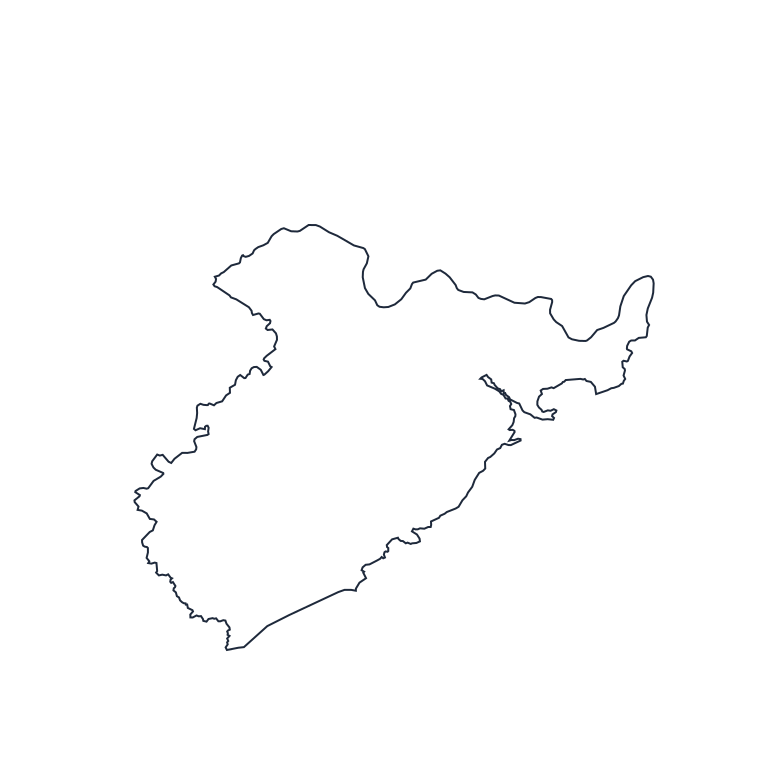 outline of Lilala, Maseru, Lesotho, rotated 66°
{"feature_id": "5366337B93833812873267", "entity_name": "Lilala", "entity_type": "district", "adm_level": 2, "iso_a3": "LSO", "parent_name": "Lesotho", "parent_adm1": "Maseru", "projection": "robinson", "projection_center": [27.404, -29.498], "detail": "fine", "context": "isolated", "style": "outline", "palette": "slate", "viewbox_px": 768, "rotation_deg": 66, "n_neighbors": 0, "source": "geoboundaries", "source_scale": "gbopen_adm2", "svg_char_len": 6161}
<svg xmlns="http://www.w3.org/2000/svg" viewBox="0 0 768 768"><g transform="rotate(66 384 384)"><path d="M451.7,672.2L453.5,669.5L453.9,666.1L455.0,664.7L462.6,667.3L463.6,668.9L467.3,667.5L468.0,664.1L470.2,661.0L470.1,658.6L474.2,657.7L475.3,656.7L475.9,658.5L477.7,659.7L479.1,659.3L479.1,657.4L483.7,656.7L484.7,657.7L485.1,659.1L486.9,660.3L489.7,658.9L493.6,659.5L495.6,658.1L498.7,658.3L501.1,657.3L502.8,656.1L503.7,654.5L504.9,654.8L505.4,653.5L508.8,654.3L512.7,651.0L514.1,651.0L515.8,654.7L518.5,655.8L519.5,653.7L519.2,649.4L520.9,647.7L521.6,645.6L525.2,645.0L526.9,645.4L528.9,642.8L527.3,639.9L528.2,635.8L529.4,634.6L529.8,632.7L533.4,631.8L534.2,630.1L534.4,626.9L535.6,625.1L538.9,625.4L543.5,624.2L545.7,624.8L545.7,626.6L546.3,627.9L548.2,628.0L549.5,628.9L551.3,627.6L552.7,630.8L555.4,630.8L556.2,632.4L558.3,632.7L560.2,635.8L563.1,635.7L565.7,624.3L567.4,619.0L557.7,589.1L556.5,564.2L555.5,510.4L556.0,503.9L558.8,497.6L561.4,493.8L559.5,492.9L555.5,487.2L554.1,479.4L547.9,479.7L547.4,478.5L545.0,480.2L542.8,478.1L541.7,474.3L542.9,470.6L542.4,462.1L542.1,458.7L541.1,456.5L542.9,455.6L542.9,453.7L539.8,453.5L537.9,452.0L537.6,450.7L538.7,449.0L538.4,448.1L535.6,446.8L534.2,447.5L532.3,447.0L529.2,439.8L530.1,433.8L531.5,433.8L534.1,432.6L535.2,430.6L538.4,428.9L538.5,427.0L541.0,424.6L541.0,423.1L542.4,419.1L542.4,415.2L539.7,414.4L534.9,415.1L530.0,418.4L528.1,416.0L529.7,414.2L530.5,412.2L530.5,409.8L532.6,406.0L532.6,401.8L533.6,399.5L531.9,398.2L528.7,397.0L528.6,388.2L527.2,386.1L527.2,381.4L526.5,378.7L526.9,369.2L526.5,365.8L522.1,359.6L520.0,354.5L517.3,351.4L513.8,345.2L508.5,340.1L503.9,333.2L503.6,328.8L502.4,325.9L496.2,323.4L493.9,319.0L493.9,316.6L492.3,311.5L489.8,307.4L489.8,303.9L487.5,301.0L487.7,298.1L490.5,295.0L491.4,293.0L491.2,282.2L489.9,281.7L488.5,283.8L488.2,287.9L487.0,290.3L486.7,292.6L481.0,284.2L479.8,283.9L478.2,285.1L477.2,287.9L476.1,288.6L473.8,283.5L471.4,281.0L468.2,279.1L466.8,277.1L465.1,276.2L460.6,275.9L458.5,278.6L455.4,277.9L454.1,275.9L451.5,275.9L450.1,277.0L447.5,277.1L446.7,278.8L442.5,279.3L440.7,281.0L437.6,281.7L433.4,284.6L427.2,290.4L422.6,290.6L419.5,291.9L418.4,293.9L417.7,292.2L417.4,286.6L420.0,286.1L423.4,284.2L426.5,285.1L428.0,283.3L429.9,283.3L434.2,281.9L436.0,280.0L438.4,279.9L438.4,277.3L441.3,278.4L441.6,277.0L443.6,277.0L446.9,275.1L449.3,275.1L455.4,270.2L456.8,268.4L464.5,268.2L466.8,267.3L471.3,262.6L476.1,260.2L476.7,258.2L481.0,253.7L482.7,248.8L485.5,244.0L484.2,242.5L481.7,243.5L480.3,242.4L479.6,238.4L478.3,237.3L476.1,239.1L476.2,242.7L474.7,245.1L474.5,249.5L473.5,250.6L471.6,250.6L468.5,252.0L465.4,252.4L462.2,250.9L458.6,247.5L457.4,243.8L453.7,243.5L453.2,240.7L454.8,236.6L455.2,232.4L456.8,230.7L455.8,221.3L454.9,219.8L455.2,218.4L454.3,216.4L459.2,202.5L460.9,200.2L461.1,198.5L463.6,197.8L466.2,194.2L472.3,192.4L479.5,194.3L480.6,182.3L480.3,178.1L481.0,175.6L481.4,170.3L480.4,167.0L480.8,165.6L478.6,163.6L477.5,161.6L473.7,161.7L469.7,158.4L468.2,158.0L465.8,159.1L460.6,157.3L460.2,155.7L462.2,153.0L462.1,151.8L458.7,148.4L456.6,144.7L454.7,144.8L451.2,147.8L450.4,147.7L448.1,146.4L445.1,142.8L444.8,140.5L446.3,137.0L445.5,132.5L447.8,125.8L447.0,124.4L439.7,120.1L437.9,117.8L434.0,118.4L427.7,116.2L422.3,112.3L414.2,104.0L410.0,100.9L401.7,96.7L398.1,95.8L394.5,96.6L392.7,98.9L391.8,103.8L392.2,112.7L394.4,118.1L401.2,129.2L409.2,136.5L416.9,141.4L419.0,143.5L421.1,147.0L421.7,149.0L422.0,160.7L421.4,167.3L425.5,175.8L426.8,180.8L426.7,182.3L423.9,188.2L419.6,194.1L416.5,196.5L403.5,197.7L397.5,201.5L394.0,202.7L387.0,203.5L383.7,202.1L377.5,197.0L375.7,196.3L374.3,196.7L368.4,205.3L367.1,208.1L367.0,210.7L368.3,218.0L367.8,222.5L362.8,231.8L349.9,243.1L348.3,246.4L347.8,249.0L347.4,258.0L345.7,260.8L343.8,262.7L339.6,263.7L336.3,265.9L332.3,273.8L328.3,277.9L326.1,278.5L322.7,278.3L313.2,280.6L308.2,282.9L303.1,286.3L302.2,289.3L302.7,295.6L305.6,303.4L303.2,316.1L304.1,317.8L307.4,321.1L309.6,326.8L313.6,333.7L315.7,341.7L315.4,348.7L313.8,353.1L311.6,356.7L309.3,358.1L303.9,358.2L295.3,361.7L288.6,362.4L277.8,360.0L273.0,357.6L270.9,356.0L266.8,350.6L261.0,346.3L253.0,346.6L251.4,347.6L245.2,355.1L229.6,366.4L223.0,372.5L214.1,378.5L211.1,381.6L208.1,388.2L209.9,398.6L209.5,401.0L206.7,406.7L201.0,412.1L200.6,414.8L202.2,423.8L203.3,426.6L207.8,432.8L208.2,437.8L207.8,443.2L208.4,446.5L209.0,448.3L211.3,450.9L212.1,455.2L211.6,458.6L210.1,460.2L209.0,460.4L209.0,461.4L210.8,463.6L214.3,466.1L214.8,467.4L213.6,475.3L216.6,484.9L216.7,487.8L217.8,490.6L217.2,494.9L219.7,494.7L222.0,496.2L223.7,499.4L225.8,499.0L227.6,497.0L240.2,489.1L242.6,488.6L246.6,484.5L258.9,476.2L263.2,475.2L265.4,475.8L267.7,475.6L268.5,470.0L269.3,468.9L275.9,467.4L278.0,465.4L278.9,462.3L280.3,462.1L282.1,463.4L283.5,467.6L285.3,469.4L287.3,468.4L288.8,463.7L293.8,462.1L297.0,462.5L300.1,463.8L305.0,469.1L308.0,469.0L310.5,479.6L311.8,483.1L312.7,484.0L314.2,483.8L316.4,480.9L321.5,480.7L322.8,479.8L325.2,484.6L326.8,489.5L326.7,490.5L320.9,490.8L316.6,493.3L315.6,496.0L315.8,498.5L317.4,500.9L320.2,502.7L320.0,504.7L322.2,508.1L321.8,509.3L317.3,511.7L317.9,514.7L320.3,517.8L324.1,520.4L324.7,526.4L329.4,528.3L330.2,532.9L334.0,538.9L333.2,544.8L334.3,548.0L330.9,551.2L330.7,552.1L331.6,553.5L331.3,554.3L329.6,557.4L327.4,559.8L327.9,563.2L329.5,564.6L334.5,566.5L338.9,569.0L347.7,575.9L349.6,575.0L349.6,570.0L352.4,566.0L350.3,564.9L349.9,563.3L350.4,562.1L352.7,562.0L355.8,564.0L358.4,564.6L358.7,566.0L356.4,576.1L357.4,579.5L359.0,580.7L365.3,581.0L367.3,582.2L368.8,584.6L367.0,591.6L364.8,596.4L367.1,605.8L369.6,610.5L367.4,612.4L358.7,615.0L358.2,617.9L356.2,619.9L360.3,627.2L362.4,628.8L366.5,628.6L369.5,627.4L375.5,621.9L376.4,622.1L377.8,625.6L378.8,633.9L383.3,641.8L383.1,643.4L381.1,646.1L380.0,649.7L380.7,654.5L381.6,655.2L386.2,652.2L387.1,653.0L388.8,659.3L390.5,659.8L396.1,658.1L398.8,660.3L401.2,656.7L405.7,653.4L412.0,652.8L414.2,649.2L417.4,647.8L419.7,651.1L423.7,654.7L423.9,658.2L428.1,668.5L430.3,669.4L433.7,669.8L435.3,668.7L436.5,666.9L437.8,666.4L441.9,668.2L446.3,671.6L450.5,670.5L451.7,672.2Z" fill="none" stroke="#1e293b" stroke-width="2"/></g></svg>